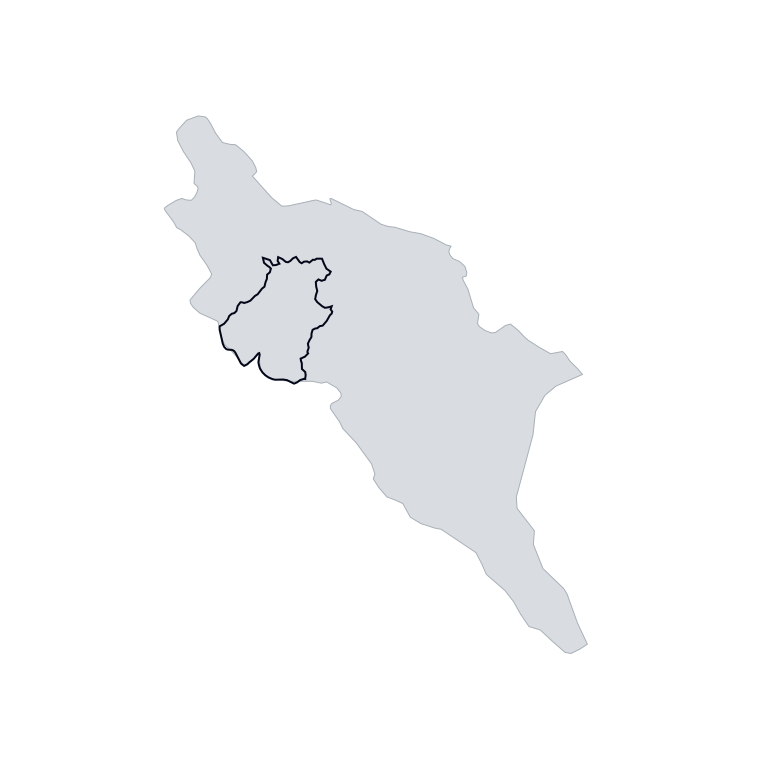 Mtskheta-Mtianeti on a map of Georgia (Albers equal-area conic projection), rotated 207°
{"feature_id": "GEO-3034", "entity_name": "Mtskheta-Mtianeti", "entity_type": "Region", "adm_level": 1, "iso_a3": "GEO", "parent_name": "Georgia", "parent_adm1": "", "projection": "albers", "projection_center": [44.706, 42.223], "detail": "fine", "context": "in_parent", "style": "outline", "palette": "ink", "viewbox_px": 768, "rotation_deg": 207, "n_neighbors": 0, "source": "natural_earth", "source_scale": "10m", "svg_char_len": 3825}
<svg xmlns="http://www.w3.org/2000/svg" viewBox="0 0 768 768"><g transform="rotate(207 384 384)"><path d="M386.8,537.2L387.0,534.9L386.3,531.3L383.5,528.7L379.6,527.0L372.3,527.4L365.5,525.6L360.8,521.0L359.8,517.5L362.6,514.7L360.6,512.4L352.3,506.6L338.8,492.5L331.1,489.2L328.2,480.4L325.2,478.5L318.7,477.5L311.8,478.2L310.2,479.1L308.1,480.5L302.4,491.2L298.5,494.8L289.2,492.8L281.6,490.1L275.4,488.4L263.2,487.2L249.3,486.6L239.7,494.0L235.8,492.8L228.8,488.8L217.5,485.2L211.5,482.6L229.8,460.3L235.5,446.9L235.9,438.6L236.5,428.3L228.2,406.4L221.6,375.5L214.8,343.4L209.0,333.6L183.4,321.5L178.0,308.8L158.6,291.7L131.2,283.4L125.8,280.2L102.8,258.6L84.7,244.5L89.1,236.8L95.0,228.8L100.9,227.1L117.6,231.3L133.1,235.8L144.6,233.7L157.8,240.9L169.9,249.0L182.2,254.8L206.3,260.8L215.2,268.1L225.5,275.5L267.1,280.5L270.5,279.5L273.6,278.6L287.7,276.4L300.0,277.2L312.9,286.0L321.2,285.7L330.2,284.7L341.6,289.4L350.5,294.6L351.2,299.7L359.0,307.3L381.9,318.9L400.5,325.6L406.3,330.1L420.5,337.7L421.9,340.1L421.6,343.1L417.5,348.6L416.4,353.5L418.3,356.3L424.2,359.1L436.0,359.8L440.2,356.3L449.0,353.9L457.8,349.4L469.4,343.4L485.3,337.9L491.6,338.0L497.6,339.6L501.9,342.7L509.0,354.0L516.1,338.2L517.9,337.0L524.4,340.2L535.9,344.5L543.9,346.8L548.2,350.1L560.5,364.4L580.1,363.5L588.5,365.6L593.0,368.0L595.0,370.7L591.7,385.1L587.0,400.1L587.4,403.7L595.4,409.3L606.3,415.1L612.1,419.8L616.2,424.1L624.8,427.2L634.9,429.1L639.7,429.2L644.7,432.7L657.9,439.3L659.6,440.9L657.5,445.3L652.4,453.3L648.4,457.5L643.8,458.2L639.2,460.1L637.7,464.4L637.6,469.8L638.4,473.8L639.7,475.2L644.3,476.4L649.2,487.9L656.6,493.5L668.0,499.9L678.2,507.2L683.3,514.1L682.5,519.1L679.4,529.7L671.2,538.5L664.2,540.9L661.7,540.1L657.0,537.5L647.7,530.9L637.5,525.8L629.8,527.7L624.8,529.8L614.7,527.6L602.8,523.1L596.6,518.7L593.8,515.4L595.6,509.4L568.6,499.0L555.7,496.1L549.9,499.4L530.2,515.6L527.9,517.2L512.8,519.5L512.8,520.8L516.2,524.3L515.6,525.3L490.2,525.7L481.8,527.8L459.3,525.0L451.8,526.2L445.5,528.6L430.0,531.4L419.3,534.7L405.7,536.3L391.7,536.2L386.8,537.2Z" fill="#d9dde1" stroke="#a8b0b8" stroke-width="1"/><path d="M516.9,336.6L520.8,337.4L530.6,344.4L532.2,345.2L533.8,345.5L535.5,345.2L536.3,344.8L538.8,343.7L540.5,343.5L543.4,344.6L546.0,346.8L554.9,357.5L555.9,359.2L556.6,360.8L553.8,365.1L552.5,370.7L552.8,374.4L551.5,377.5L549.5,379.3L548.6,382.1L549.8,387.0L549.0,391.7L547.3,392.4L545.4,392.7L543.0,394.9L540.9,397.6L539.0,403.8L537.3,406.6L536.0,413.6L534.7,416.4L535.8,421.1L536.1,424.5L537.8,428.4L536.4,431.7L537.2,435.5L539.3,436.2L541.4,436.4L545.9,437.5L549.2,441.5L541.9,442.6L536.9,439.3L534.2,441.0L531.8,443.7L534.7,445.4L535.9,449.0L531.4,449.2L526.8,448.2L524.8,448.9L523.3,451.2L522.2,454.6L520.1,457.3L514.5,454.4L512.2,454.2L510.8,456.7L508.2,458.3L505.6,458.3L503.8,462.4L502.0,463.2L500.9,465.1L496.1,467.5L491.8,463.7L487.6,460.6L482.5,459.9L482.5,456.8L484.3,454.7L484.0,450.0L486.5,447.6L489.9,447.4L491.1,444.0L488.7,440.1L485.7,436.6L485.0,432.2L484.2,429.6L484.2,429.4L483.9,428.4L480.8,426.7L474.3,425.2L471.2,425.1L468.5,427.0L467.1,428.3L465.9,429.5L465.5,426.3L463.0,425.0L462.6,422.9L463.4,420.7L463.7,414.2L465.1,408.3L466.2,407.3L467.3,406.6L468.1,405.1L468.7,403.5L470.6,402.1L472.2,399.9L471.5,396.1L470.0,392.9L470.3,389.0L470.1,385.4L468.9,383.7L467.7,382.5L467.3,380.6L467.1,378.6L466.5,377.4L465.5,376.8L466.9,372.4L469.8,368.8L468.4,366.8L466.8,365.4L463.9,360.1L459.6,358.9L457.8,356.3L456.7,353.1L456.5,352.7L457.5,352.4L458.8,351.1L460.5,349.4L462.2,346.0L464.3,343.5L472.2,343.4L475.9,342.2L482.9,338.4L485.5,337.7L489.9,337.4L493.8,337.9L497.1,339.0L497.5,339.1L500.8,341.0L502.2,342.1L504.8,345.0L505.9,346.6L508.1,353.7L509.2,354.9L510.0,354.0L511.5,347.3L514.0,341.7L514.6,339.7L516.9,336.6Z" fill="none" stroke="#020617" stroke-width="2"/></g></svg>